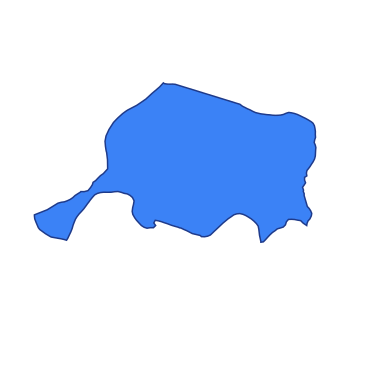 Al Jamimah, Hajjah, Yemen, rotated 315°
{"feature_id": "15242507B46371651071090", "entity_name": "Al Jamimah", "entity_type": "district", "adm_level": 2, "iso_a3": "YEM", "parent_name": "Yemen", "parent_adm1": "Hajjah", "projection": "mercator", "projection_center": [43.537, 16.031], "detail": "fine", "context": "isolated", "style": "filled", "palette": "blue", "viewbox_px": 384, "rotation_deg": 315, "n_neighbors": 0, "source": "geoboundaries", "source_scale": "gbopen_adm2", "svg_char_len": 3277}
<svg xmlns="http://www.w3.org/2000/svg" viewBox="0 0 384 384"><g transform="rotate(315 192 192)"><path d="M248.9,94.6L243.5,94.8L243.4,94.8L233.4,94.0L226.2,93.7L225.3,93.7L218.2,92.4L214.1,91.6L204.6,88.6L202.3,88.1L198.2,87.5L192.3,87.2L189.9,87.2L185.7,87.3L177.5,89.1L171.0,91.5L170.2,92.0L167.3,94.0L166.4,94.6L163.1,98.5L160.6,101.9L160.1,102.7L159.5,103.8L155.0,109.5L148.7,116.0L142.3,116.3L138.9,115.7L135.2,115.7L131.9,115.8L128.9,115.2L126.7,116.4L123.5,117.1L119.4,117.5L116.0,115.5L113.7,113.1L113.1,113.2L110.1,112.5L106.9,111.8L103.7,111.7L100.6,111.1L97.6,110.0L94.8,108.7L92.3,106.8L89.3,105.1L85.1,104.1L84.2,103.9L77.1,102.2L64.4,96.7L64.2,96.9L63.7,97.4L61.8,99.8L60.4,102.9L58.1,108.6L57.8,110.9L58.9,117.9L59.3,119.5L60.4,123.8L60.8,124.6L62.6,127.2L63.8,128.9L64.4,129.8L66.2,132.3L67.9,135.0L69.2,137.4L71.4,136.9L75.0,135.6L77.9,134.6L81.4,133.1L84.4,131.4L87.3,130.1L90.4,128.8L93.4,128.1L96.5,127.7L99.9,127.6L103.4,127.4L107.5,126.8L109.8,126.4L110.7,126.3L111.7,126.2L113.9,125.8L117.7,125.4L121.1,125.2L124.1,126.1L126.9,127.7L129.5,129.8L131.9,132.3L134.8,135.1L137.4,137.0L140.0,139.3L141.7,142.1L143.1,145.0L144.9,147.6L145.8,150.6L146.0,153.8L144.8,157.3L141.7,159.5L139.0,161.1L136.0,163.4L134.3,166.0L133.5,168.9L133.3,169.5L132.8,172.6L132.6,176.4L132.5,179.9L133.2,183.1L134.6,185.8L137.2,187.7L139.5,190.0L142.6,190.0L143.1,186.9L146.0,186.0L147.9,188.7L149.4,191.4L150.7,194.2L151.1,194.9L152.3,197.3L153.9,200.9L155.6,204.1L157.2,206.9L157.9,208.6L158.7,209.7L159.7,212.6L160.9,215.6L161.9,218.7L162.8,221.6L167.1,228.6L167.1,230.2L169.2,232.5L171.8,234.3L172.3,234.5L174.6,235.4L178.5,235.5L179.6,235.5L182.0,235.6L185.4,235.7L188.9,235.8L192.1,235.9L195.4,236.2L198.7,236.5L202.3,237.2L204.1,237.5L205.4,237.7L208.2,239.1L210.6,241.1L212.3,243.9L213.4,246.7L214.2,249.8L214.9,253.1L215.2,256.3L215.2,259.9L214.7,262.9L213.8,264.2L212.9,265.6L211.0,268.0L209.1,270.4L207.3,273.2L205.6,275.8L205.2,276.2L207.2,277.7L210.3,277.7L213.6,277.5L216.9,277.4L220.0,277.5L220.7,277.6L223.3,278.1L226.3,278.4L229.0,279.9L231.7,281.3L234.8,281.3L237.7,279.8L240.8,279.6L243.1,281.7L245.1,284.0L246.8,286.6L248.6,289.1L248.6,292.7L249.0,294.7L249.2,295.7L249.4,296.8L251.2,295.5L253.6,294.5L256.3,294.4L259.4,293.3L260.6,292.5L261.6,291.7L262.0,290.7L262.3,289.9L262.6,289.3L263.2,286.4L263.3,283.8L268.8,273.8L270.2,272.4L271.0,270.4L272.2,269.5L272.3,269.3L273.5,266.8L274.2,266.7L276.1,266.4L278.8,265.8L280.0,263.2L282.0,261.2L282.6,261.4L284.6,261.8L286.2,259.6L288.4,258.1L291.1,257.8L293.7,257.4L296.3,256.8L298.9,256.3L302.0,255.3L304.4,253.9L304.7,253.7L306.6,252.0L308.7,250.1L310.1,248.9L310.9,248.3L312.3,246.1L313.4,243.4L315.6,241.9L318.0,240.7L319.8,238.6L322.1,236.4L323.9,234.0L325.4,231.7L326.2,229.0L326.1,227.5L325.9,226.2L325.2,223.3L324.3,220.1L323.2,217.0L322.3,214.3L321.3,211.6L319.9,208.8L318.3,206.3L316.7,204.2L314.3,202.9L311.5,201.8L309.1,200.3L307.1,198.6L305.1,196.7L303.3,194.7L301.6,192.5L299.6,190.2L297.8,187.8L297.5,187.4L296.0,185.5L294.5,183.1L293.1,180.8L292.0,177.9L291.1,174.9L290.0,172.2L289.2,169.6L288.6,167.9L288.3,166.9L287.9,163.8L285.7,159.7L279.6,148.1L256.3,104.0L254.6,102.0L252.6,100.1L250.8,98.2L249.2,96.0L249.0,95.3L248.9,94.6Z" fill="#3b82f6" stroke="#1e3a8a" stroke-width="1.5"/></g></svg>